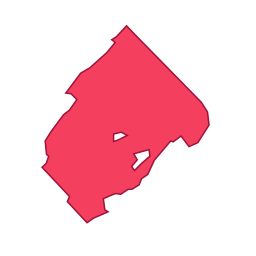 Rockbridge, Virginia, United States of America, rotated 10°
{"feature_id": "52423323B40914332178112", "entity_name": "Rockbridge", "entity_type": "district", "adm_level": 2, "iso_a3": "USA", "parent_name": "United States of America", "parent_adm1": "Virginia", "projection": "natural_earth1", "projection_center": [-79.449, 37.809], "detail": "fine", "context": "isolated", "style": "filled", "palette": "rose", "viewbox_px": 256, "rotation_deg": 10, "n_neighbors": 0, "source": "geoboundaries", "source_scale": "gbopen_adm2", "svg_char_len": 840}
<svg xmlns="http://www.w3.org/2000/svg" viewBox="0 0 256 256"><g transform="rotate(10 128 128)"><path d="M60.7,104.4L66.0,104.2L72.7,108.9L67.2,120.6L62.1,126.3L52.9,144.8L48.7,155.1L52.3,168.1L54.8,169.7L53.6,177.0L50.2,181.6L82.3,205.6L81.0,211.0L104.1,228.4L109.8,222.7L122.9,214.0L119.4,212.6L116.0,201.9L122.1,197.8L127.1,194.7L132.4,194.5L138.6,188.5L142.9,187.4L148.8,182.0L150.2,175.5L155.5,170.3L159.5,155.2L172.3,133.3L174.9,133.8L181.6,126.7L191.3,135.7L199.3,130.3L207.3,111.0L203.5,98.4L195.8,90.0L117.6,34.1L108.8,27.6L100.7,40.2L96.6,43.9L100.5,46.0L93.9,57.6L79.9,75.4L71.9,82.2L60.7,104.4ZM138.2,152.4L152.5,145.6L154.4,152.0L147.5,160.5L141.8,168.7L138.3,165.3L142.6,157.7L138.2,152.4ZM114.9,136.4L122.0,133.3L128.5,135.5L119.4,142.1L116.1,143.7L114.9,136.4Z" fill="#f43f5e" stroke="#9f1239" stroke-width="1.5"/></g></svg>